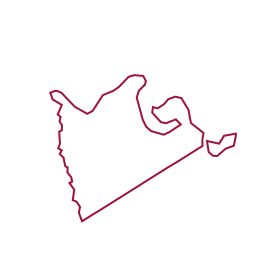 West Feliciana, Louisiana, United States of America (Robinson projection), rotated 148°
{"feature_id": "52423323B24194597484154", "entity_name": "West Feliciana", "entity_type": "district", "adm_level": 2, "iso_a3": "USA", "parent_name": "United States of America", "parent_adm1": "Louisiana", "projection": "robinson", "projection_center": [-91.444, 30.849], "detail": "fine", "context": "isolated", "style": "outline", "palette": "rose", "viewbox_px": 256, "rotation_deg": 148, "n_neighbors": 0, "source": "geoboundaries", "source_scale": "gbopen_adm2", "svg_char_len": 1134}
<svg xmlns="http://www.w3.org/2000/svg" viewBox="0 0 256 256"><g transform="rotate(148 128 128)"><path d="M216.4,73.3L201.6,73.3L201.4,73.3L194.7,73.2L148.5,73.3L140.2,73.4L139.5,73.4L117.4,73.4L116.6,73.5L104.7,73.2L78.1,73.3L74.5,73.2L70.8,79.1L66.6,83.8L72.0,98.9L67.1,111.2L66.9,125.1L71.3,129.5L78.6,131.1L84.9,129.1L92.4,129.0L95.8,132.5L99.3,128.2L97.0,115.5L93.2,111.9L82.9,110.0L81.3,103.0L95.6,102.6L101.4,103.5L110.0,113.1L111.9,119.5L111.1,127.2L104.5,149.1L99.0,153.9L90.6,155.8L88.0,158.3L87.5,164.1L94.7,169.5L100.3,171.1L113.6,167.7L120.7,167.3L131.9,169.2L149.0,161.2L155.1,161.7L161.9,174.3L165.8,193.2L168.8,197.4L171.4,198.4L175.2,199.1L176.7,192.0L171.9,182.6L180.4,176.7L179.3,173.1L182.6,169.8L182.5,165.3L185.4,161.1L188.3,161.4L194.0,150.8L197.9,147.7L196.0,144.2L199.7,142.1L198.3,136.9L199.0,135.7L201.4,128.8L200.1,126.4L203.0,122.4L202.2,116.5L203.8,112.0L206.8,112.4L206.3,104.1L213.1,96.1L210.7,92.9L210.5,86.5L214.5,82.3L216.4,73.3ZM67.9,75.1L72.3,64.8L70.7,59.5L67.4,57.0L56.1,58.7L47.7,56.9L40.4,64.5L39.6,66.1L50.7,70.5L59.0,66.4L67.9,75.1Z" fill="none" stroke="#9f1239" stroke-width="2"/></g></svg>